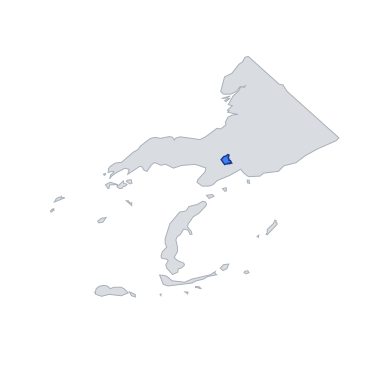 location of Kainanatu District, Eastern Highlands, Papua New Guinea, rotated 132°
{"feature_id": "67681753B29556691348440", "entity_name": "Kainanatu District", "entity_type": "district", "adm_level": 2, "iso_a3": "PNG", "parent_name": "Papua New Guinea", "parent_adm1": "Eastern Highlands", "projection": "mercator", "projection_center": [145.899, -6.248], "detail": "fine", "context": "in_parent", "style": "filled", "palette": "blue", "viewbox_px": 384, "rotation_deg": 132, "n_neighbors": 0, "source": "geoboundaries", "source_scale": "gbopen_adm2", "svg_char_len": 4325}
<svg xmlns="http://www.w3.org/2000/svg" viewBox="0 0 384 384"><g transform="rotate(132 192 192)"><path d="M53.6,240.9L53.6,199.3L51.5,196.2L53.6,188.8L53.5,119.0L57.5,119.3L76.6,127.8L89.5,132.2L100.7,134.3L111.1,141.3L118.8,141.6L130.1,151.4L134.7,152.1L142.8,160.3L143.3,166.9L142.4,171.1L154.6,175.1L166.4,180.8L172.8,181.4L176.3,183.4L180.7,188.2L181.5,194.7L179.0,195.9L168.0,195.8L164.9,197.9L169.3,208.1L179.2,217.5L186.7,221.8L189.0,230.2L192.8,232.9L195.2,239.6L199.1,240.3L206.7,239.2L207.9,242.0L206.8,246.3L207.9,248.0L221.8,251.6L217.2,253.8L219.3,257.8L228.4,261.1L234.0,262.4L237.4,262.0L233.5,263.9L229.9,263.3L229.2,263.9L230.7,265.6L233.7,267.3L230.6,269.6L227.6,269.9L221.9,268.4L217.0,264.2L201.8,262.3L196.5,260.5L192.4,261.1L180.1,258.8L176.0,255.9L173.3,251.4L166.1,246.0L164.4,243.3L165.1,239.8L163.1,240.3L158.9,237.7L147.7,221.2L142.1,218.9L128.0,216.1L126.0,212.9L119.4,211.7L117.9,213.8L112.5,215.3L108.0,213.7L103.5,209.7L108.8,218.8L106.9,218.7L107.8,220.1L106.8,220.4L100.9,219.8L102.7,223.6L93.0,225.7L85.8,224.9L82.4,225.9L81.0,225.8L79.1,223.0L76.5,223.5L78.7,223.5L81.5,226.8L87.5,226.3L93.4,228.7L98.3,234.2L98.1,237.9L84.7,244.8L76.9,241.8L65.6,242.6L61.6,241.5L56.5,242.8L53.6,240.9ZM255.5,149.0L258.2,150.8L261.0,148.9L266.4,151.3L265.4,160.3L263.6,162.7L259.1,163.7L258.5,165.0L261.5,170.3L260.3,172.2L256.3,174.1L249.8,173.9L248.1,177.6L244.5,180.8L230.4,187.2L215.1,187.7L210.1,183.8L204.8,184.5L197.8,179.8L191.8,177.9L190.6,176.1L190.8,173.8L192.4,172.4L203.0,172.6L209.7,174.5L218.5,173.4L220.9,172.0L221.8,166.2L223.3,163.8L224.8,164.9L223.0,169.4L225.0,173.4L231.3,172.2L235.3,173.1L238.4,171.9L242.8,165.7L246.3,162.8L252.7,161.4L252.6,156.8L250.4,150.5L251.3,148.7L255.5,149.0ZM332.5,195.2L331.7,197.2L331.3,196.6L328.1,198.5L324.4,197.9L321.1,195.8L318.6,192.2L318.5,188.1L314.9,186.2L310.2,181.0L309.3,177.6L309.7,171.9L316.5,175.2L323.4,185.0L330.0,189.4L332.5,195.2ZM279.9,151.5L275.4,160.5L272.6,156.8L271.5,154.2L271.3,147.4L264.0,137.1L256.6,133.7L241.5,123.1L235.5,121.4L237.0,120.9L237.0,118.3L244.4,123.8L249.1,125.2L255.3,129.5L259.5,130.9L277.8,146.9L279.9,151.5ZM159.3,107.1L173.6,107.5L173.9,108.7L172.0,108.8L169.6,111.0L161.1,110.4L157.3,111.5L157.0,110.0L158.4,109.5L158.2,107.9L159.3,107.1ZM231.4,245.2L234.1,246.7L236.3,246.5L238.0,248.3L238.3,251.2L237.3,251.9L236.7,251.0L229.7,250.4L231.1,248.8L229.7,245.4L231.4,245.2ZM229.7,120.0L224.7,119.9L220.9,116.4L225.8,114.8L229.6,116.4L229.7,120.0ZM241.7,257.9L245.0,256.1L245.7,256.7L244.5,261.2L239.5,259.3L236.1,252.0L241.7,257.9ZM268.4,238.8L273.9,238.0L276.6,240.0L277.4,240.7L276.8,242.6L272.3,241.8L268.4,238.8ZM281.3,282.6L291.6,287.6L287.8,288.4L284.5,287.1L284.1,285.9L282.8,286.3L283.5,285.4L281.3,282.6ZM184.8,179.0L180.3,175.3L180.5,172.8L185.4,175.0L184.8,179.0ZM228.0,248.0L226.7,248.1L223.6,245.5L225.5,242.5L227.6,243.6L228.0,248.0ZM308.1,171.7L306.1,165.7L307.9,163.8L309.6,167.7L308.1,171.7ZM169.0,171.7L165.9,169.3L168.2,167.2L169.6,168.3L169.0,171.7ZM217.2,99.3L215.5,99.7L213.2,97.8L213.8,95.6L216.5,97.0L217.2,99.3ZM148.1,156.9L146.2,159.0L145.0,157.4L147.0,155.0L148.1,156.9ZM242.4,227.7L242.5,235.0L241.1,233.5L241.8,230.5L240.3,229.7L242.4,227.7ZM99.5,229.6L102.6,232.6L95.1,227.8L99.5,229.6ZM102.2,228.9L98.1,227.7L97.3,226.7L102.1,227.2L102.2,228.9ZM301.3,283.3L301.0,284.4L298.3,284.5L296.5,283.1L298.3,283.4L298.0,282.4L301.3,283.3ZM270.7,127.1L270.9,130.4L269.0,128.0L270.7,127.1ZM260.7,125.3L259.9,126.2L258.0,123.8L258.4,123.4L260.7,125.3ZM238.3,268.2L238.1,269.7L236.2,268.9L236.5,268.0L238.3,268.2ZM259.1,122.7L257.6,123.1L257.8,120.8L259.1,122.7ZM181.3,112.2L181.5,113.9L179.4,113.5L181.3,112.2ZM289.8,145.7L289.6,147.2L288.5,146.7L289.8,145.7Z" fill="#d9dde1" stroke="#a8b0b8" stroke-width="1"/><path d="M139.8,189.4L140.2,190.4L141.2,190.6L142.8,190.9L144.3,192.0L148.4,192.0L149.3,188.2L149.7,186.1L146.6,184.3L146.7,184.2L146.4,184.1L146.4,183.9L146.2,183.9L146.2,184.0L145.9,184.0L145.8,183.9L145.7,183.7L145.4,183.6L145.2,183.4L145.3,183.3L145.2,183.3L145.1,183.2L144.9,182.9L145.0,182.8L145.0,182.7L144.9,182.7L144.7,182.5L144.7,182.4L144.4,182.3L144.3,182.2L144.2,182.1L144.0,181.9L143.0,184.5L143.3,185.2L143.5,185.5L143.7,185.9L143.2,186.3L142.5,186.9L142.4,188.0L140.6,188.8L140.4,188.8L139.8,189.4Z" fill="#3b82f6" stroke="#1e3a8a" stroke-width="1.5"/></g></svg>